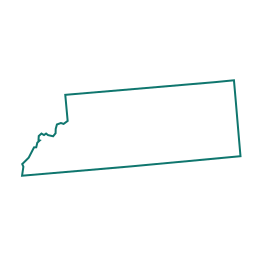 outline of Custer, South Dakota, United States of America, rotated 175°
{"feature_id": "52423323B69018347025322", "entity_name": "Custer", "entity_type": "district", "adm_level": 2, "iso_a3": "USA", "parent_name": "United States of America", "parent_adm1": "South Dakota", "projection": "natural_earth1", "projection_center": [-103.295, 43.667], "detail": "fine", "context": "isolated", "style": "outline", "palette": "teal", "viewbox_px": 256, "rotation_deg": 175, "n_neighbors": 0, "source": "geoboundaries", "source_scale": "gbopen_adm2", "svg_char_len": 558}
<svg xmlns="http://www.w3.org/2000/svg" viewBox="0 0 256 256"><g transform="rotate(175 128 128)"><path d="M18.4,90.1L18.4,108.8L18.4,111.0L18.4,111.7L18.3,144.8L18.3,145.7L18.3,149.9L18.3,161.1L18.3,166.3L37.8,166.1L187.6,166.5L187.5,140.3L191.8,137.7L194.4,138.8L198.5,137.7L200.1,133.4L200.6,129.1L203.3,126.3L208.3,127.9L210.1,129.6L212.3,128.3L214.7,130.0L217.6,127.8L218.2,123.8L217.0,123.3L219.6,121.3L221.1,116.8L223.3,116.9L229.5,107.1L236.5,101.3L235.6,98.5L237.7,89.7L127.4,89.5L18.4,90.1Z" fill="none" stroke="#0f766e" stroke-width="2"/></g></svg>